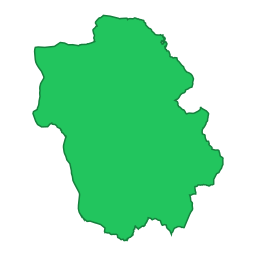 Agona East, Central, Ghana
{"feature_id": "2480657B54607197552612", "entity_name": "Agona East", "entity_type": "district", "adm_level": 2, "iso_a3": "GHA", "parent_name": "Ghana", "parent_adm1": "Central", "projection": "natural_earth1", "projection_center": [-0.645, 5.635], "detail": "fine", "context": "isolated", "style": "filled", "palette": "green", "viewbox_px": 256, "rotation_deg": 0, "n_neighbors": 0, "source": "geoboundaries", "source_scale": "gbopen_adm2", "svg_char_len": 5792}
<svg xmlns="http://www.w3.org/2000/svg" viewBox="0 0 256 256"><path d="M162.9,35.0L161.2,35.4L160.6,34.7L159.3,35.1L156.2,34.9L155.2,34.4L154.4,33.7L153.6,32.5L152.5,31.8L151.9,31.2L151.5,30.0L150.8,29.1L150.0,28.6L148.8,28.2L146.4,25.7L145.7,24.8L145.5,23.1L144.2,22.2L143.7,20.5L143.2,20.3L142.8,20.3L140.7,19.6L139.5,19.6L139.3,19.3L138.8,19.2L138.1,18.8L137.4,19.0L136.7,18.5L134.8,17.9L133.0,18.8L130.1,18.6L129.0,18.7L128.1,19.2L127.6,19.6L127.2,18.4L126.5,18.2L120.7,18.5L119.8,18.8L118.2,18.2L110.1,16.2L103.3,15.4L102.5,16.4L101.6,16.9L100.7,17.7L99.3,17.9L98.8,18.3L97.1,20.1L95.6,22.0L95.5,22.7L95.5,23.2L96.8,25.3L97.1,26.1L96.0,26.3L95.2,27.6L93.4,29.2L93.0,29.8L93.0,30.6L93.7,33.7L94.4,34.8L94.4,36.2L93.9,37.3L93.8,38.1L94.5,40.0L94.1,41.2L94.6,41.6L91.4,42.9L88.1,43.9L87.5,43.8L86.4,44.4L81.5,44.5L80.6,44.9L80.1,44.7L78.8,45.7L72.6,44.7L68.3,44.8L64.7,43.1L60.3,42.5L54.5,46.4L44.7,47.4L38.1,47.0L35.3,47.4L34.8,49.3L34.6,51.4L35.3,59.6L35.8,62.1L36.7,64.2L37.7,65.9L38.8,67.7L41.5,71.3L43.9,76.9L43.8,78.1L43.4,78.9L40.7,83.5L39.9,86.8L39.8,88.5L40.0,90.7L39.7,93.0L40.0,96.5L39.1,101.0L38.9,103.6L38.5,105.6L37.4,108.2L37.3,109.4L33.5,111.6L33.0,113.6L35.7,121.2L37.6,124.5L41.6,126.9L47.7,126.7L49.9,124.1L51.8,123.1L52.2,124.1L52.5,124.2L55.5,124.6L55.9,125.2L56.7,125.8L57.2,127.0L57.8,127.4L60.4,128.6L60.6,129.8L61.0,129.7L61.2,129.8L61.6,130.7L61.4,130.9L61.8,132.3L62.2,132.7L62.8,132.9L64.4,134.8L64.9,135.7L65.7,135.9L65.5,136.6L66.0,136.8L66.0,137.0L65.2,139.1L63.7,144.7L63.5,146.0L63.5,147.6L64.1,151.8L64.6,153.6L65.9,156.4L66.9,159.9L69.9,163.7L71.4,170.7L71.5,173.4L72.4,176.4L73.0,180.5L74.5,183.7L78.8,191.8L79.4,193.2L79.6,194.8L78.5,205.2L78.4,208.7L79.1,211.8L79.4,212.6L81.7,216.7L81.9,216.2L84.0,219.4L84.0,218.8L87.1,221.4L90.2,221.1L95.4,222.9L95.5,222.8L100.7,224.5L105.0,228.0L104.5,231.4L104.9,232.4L105.0,232.3L107.4,232.9L109.3,233.0L110.0,233.4L110.3,234.0L111.3,234.5L113.2,234.3L115.1,234.4L116.1,234.2L117.4,235.0L117.7,237.3L118.3,237.8L119.3,238.1L120.3,238.9L120.7,239.4L121.0,239.6L121.7,239.6L122.2,239.3L123.3,239.3L123.9,240.5L124.3,240.6L124.6,240.6L125.2,240.2L125.6,240.4L126.3,240.0L127.0,240.5L127.5,239.8L127.4,239.4L127.2,239.5L127.0,239.4L127.3,238.7L127.7,239.0L128.2,238.2L129.2,237.5L130.5,237.1L131.1,236.4L131.6,236.3L132.1,235.2L132.3,235.4L133.0,234.9L133.0,234.4L132.7,234.6L132.6,234.8L132.4,234.7L132.4,234.3L132.9,233.4L133.8,231.3L133.8,231.0L133.5,230.4L133.6,229.7L133.9,229.2L134.7,229.0L134.8,227.2L135.1,226.1L135.4,226.0L135.7,226.4L135.9,227.1L136.9,227.6L137.2,228.2L137.9,228.5L138.3,229.1L139.1,228.2L140.5,227.5L141.9,226.3L142.6,226.2L143.0,225.9L143.6,226.4L143.8,226.3L144.7,225.5L144.8,225.3L145.0,225.2L145.2,224.1L145.9,223.0L146.4,222.7L146.5,221.9L147.0,221.5L147.2,220.4L148.0,219.5L148.2,217.7L151.1,218.5L151.6,219.4L152.1,219.7L152.5,219.7L152.8,219.4L154.7,218.7L154.9,218.5L155.4,218.7L156.0,218.7L158.1,220.1L159.8,220.4L160.3,220.6L161.5,224.0L162.2,225.2L162.4,225.3L164.5,224.6L166.3,225.1L166.6,227.1L166.9,227.7L167.2,228.3L170.0,230.9L171.4,234.3L171.7,232.7L172.7,231.9L173.8,229.1L174.6,228.1L176.6,227.3L177.7,226.6L180.0,226.6L180.7,226.8L181.5,227.4L182.7,227.3L183.4,227.6L184.1,227.6L189.6,214.4L190.7,212.2L192.4,209.8L192.6,208.7L192.2,205.2L192.4,203.5L192.3,203.0L192.2,202.6L190.9,201.1L190.7,200.4L190.5,198.1L190.3,196.9L189.9,195.9L189.7,195.1L190.4,195.3L190.8,195.2L192.6,194.3L193.9,193.9L195.7,194.0L195.8,192.5L195.2,190.5L195.1,189.2L194.9,188.5L194.9,186.6L196.7,186.4L197.2,186.1L198.1,184.9L200.8,185.1L202.0,184.8L202.7,185.0L203.3,184.5L204.5,184.8L206.0,184.8L206.9,185.4L208.2,185.5L208.9,186.0L209.7,185.8L210.3,185.1L210.9,184.8L212.5,184.8L213.7,184.1L213.7,179.4L216.6,173.7L218.9,172.5L220.0,170.3L221.5,168.2L222.2,165.9L222.9,164.6L222.8,159.5L223.0,158.4L222.6,157.6L221.2,156.8L220.2,155.9L219.5,152.5L219.1,151.6L218.9,150.6L218.0,150.0L215.2,150.1L211.9,149.2L212.0,147.9L211.8,147.3L210.5,146.1L209.8,145.6L208.9,144.5L209.2,143.7L208.5,141.3L206.6,141.2L205.4,138.4L205.1,136.8L205.0,135.3L204.6,134.7L203.9,134.6L202.4,133.8L202.1,132.0L202.3,129.6L203.0,128.6L203.2,127.8L203.6,127.8L204.4,126.7L205.9,124.0L206.2,122.4L207.4,121.0L207.4,120.7L207.6,120.3L207.6,118.9L208.0,117.4L208.0,116.6L208.6,113.8L208.2,113.0L206.4,111.0L205.2,110.3L202.5,108.8L201.3,108.0L200.9,107.4L200.5,107.5L200.4,108.9L200.1,109.7L199.7,110.0L198.3,111.1L194.4,113.1L193.1,113.4L189.4,113.1L188.1,113.3L186.7,113.9L186.0,113.5L184.7,111.1L183.9,110.0L183.2,109.7L182.6,109.7L179.9,107.1L179.5,106.9L178.9,106.8L178.6,106.5L178.3,105.4L177.7,104.8L178.0,103.5L177.4,101.8L176.5,101.1L174.9,100.4L176.1,99.6L177.5,99.1L178.2,98.4L178.9,97.6L180.5,94.8L181.6,93.8L182.5,93.2L183.9,92.9L185.1,91.9L185.4,91.3L185.5,90.0L188.3,88.8L189.5,87.8L191.9,87.1L192.8,84.0L192.8,83.4L192.6,82.5L193.5,78.9L192.4,76.0L191.3,74.4L189.3,73.0L187.4,72.2L186.9,72.2L185.3,70.4L184.4,69.0L183.9,67.9L183.6,66.8L181.7,65.2L179.0,61.7L177.5,60.4L177.1,59.2L176.9,57.9L176.1,57.7L174.4,57.6L173.5,58.0L173.0,57.9L171.9,57.0L170.7,56.9L170.0,56.5L170.0,54.8L169.0,51.8L168.3,51.0L166.7,50.8L166.4,49.6L165.5,49.2L165.1,48.2L165.5,47.8L165.6,47.6L165.5,47.3L164.8,47.0L164.7,46.7L164.8,46.5L165.4,46.6L165.7,46.2L166.3,46.1L166.4,45.8L166.2,45.2L166.8,44.7L166.9,43.4L166.4,42.9L166.0,42.0L165.8,41.8L165.5,41.9L164.9,42.5L164.7,42.4L164.6,41.7L164.2,41.5L163.7,42.1L163.7,42.8L163.2,43.9L162.6,44.0L162.2,44.2L161.7,42.8L161.0,42.4L161.5,41.3L161.9,42.0L162.1,41.9L162.2,41.2L162.5,41.0L163.2,41.6L163.3,40.6L163.8,40.7L164.0,40.5L164.0,39.5L164.2,39.4L164.8,39.9L165.1,38.9L165.1,38.4L164.5,37.3L164.1,37.2L164.3,38.2L164.1,38.6L163.9,38.5L163.8,37.7L163.2,37.4L163.1,36.5L162.7,36.5L162.7,36.3L163.0,36.0L162.9,35.0Z" fill="#22c55e" stroke="#15803d" stroke-width="1.5"/></svg>